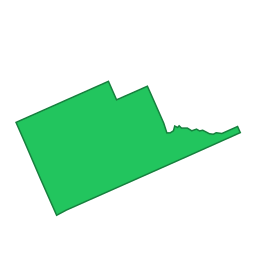 Jefferson, Idaho, United States of America (Robinson projection), rotated 336°
{"feature_id": "52423323B94431065830761", "entity_name": "Jefferson", "entity_type": "district", "adm_level": 2, "iso_a3": "USA", "parent_name": "United States of America", "parent_adm1": "Idaho", "projection": "robinson", "projection_center": [-112.06, 43.841], "detail": "fine", "context": "isolated", "style": "filled", "palette": "green", "viewbox_px": 256, "rotation_deg": 336, "n_neighbors": 0, "source": "geoboundaries", "source_scale": "gbopen_adm2", "svg_char_len": 530}
<svg xmlns="http://www.w3.org/2000/svg" viewBox="0 0 256 256"><g transform="rotate(336 128 128)"><path d="M27.9,97.4L27.4,138.0L27.3,178.7L38.2,177.9L60.6,177.9L161.5,178.0L228.7,177.9L228.7,171.2L211.5,171.2L206.6,168.2L203.4,168.4L200.1,166.4L195.3,160.4L192.2,159.8L190.1,156.9L185.1,156.5L182.2,152.2L176.8,149.8L175.6,146.8L173.5,147.7L171.5,145.2L168.4,149.0L164.6,149.6L161.5,148.3L162.6,138.2L162.7,107.8L162.7,97.7L129.0,97.6L129.1,77.4L28.0,77.3L27.9,97.4Z" fill="#22c55e" stroke="#15803d" stroke-width="1.5"/></g></svg>